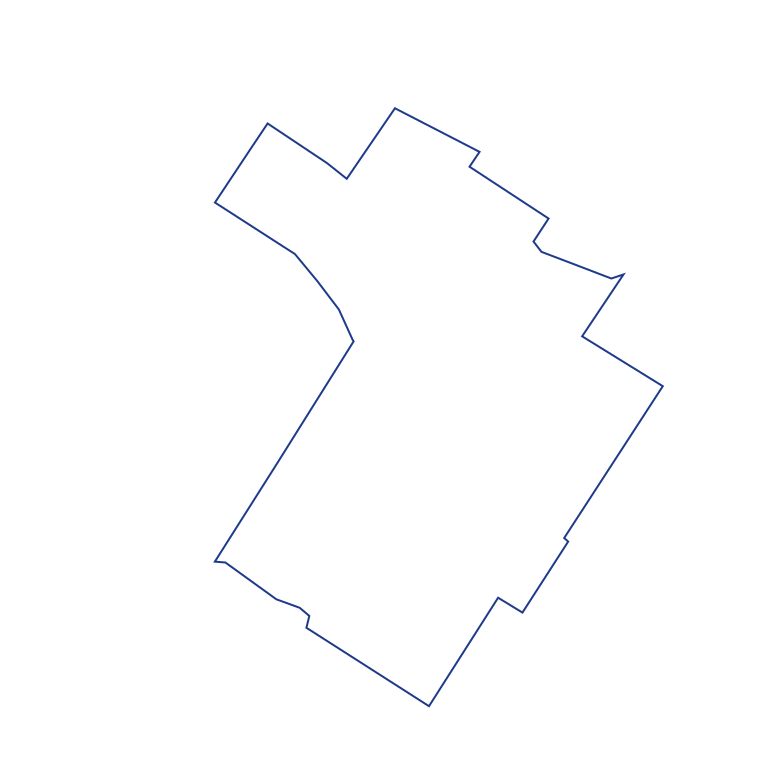 outline of Ontario, New York, United States of America, rotated 123°
{"feature_id": "52423323B27260501944339", "entity_name": "Ontario", "entity_type": "district", "adm_level": 2, "iso_a3": "USA", "parent_name": "United States of America", "parent_adm1": "New York", "projection": "albers", "projection_center": [-77.313, 42.808], "detail": "fine", "context": "isolated", "style": "outline", "palette": "blue", "viewbox_px": 768, "rotation_deg": 123, "n_neighbors": 0, "source": "geoboundaries", "source_scale": "gbopen_adm2", "svg_char_len": 586}
<svg xmlns="http://www.w3.org/2000/svg" viewBox="0 0 768 768"><g transform="rotate(123 384 384)"><path d="M629.7,170.8L501.1,171.9L500.3,143.4L415.9,143.7L415.0,149.0L320.5,149.0L234.0,149.0L236.1,243.8L161.7,242.8L171.7,250.8L187.4,323.9L183.1,336.2L155.6,336.1L155.2,430.6L137.3,430.3L146.8,525.0L232.2,527.0L229.8,551.8L228.9,623.5L255.8,623.9L323.9,624.6L323.6,542.9L323.5,529.6L333.9,496.3L346.1,462.4L363.7,434.9L364.8,432.7L509.5,430.4L625.1,429.1L620.1,419.8L623.2,357.0L617.6,332.8L619.2,320.3L630.7,316.3L629.7,170.8Z" fill="none" stroke="#1e3a8a" stroke-width="2"/></g></svg>